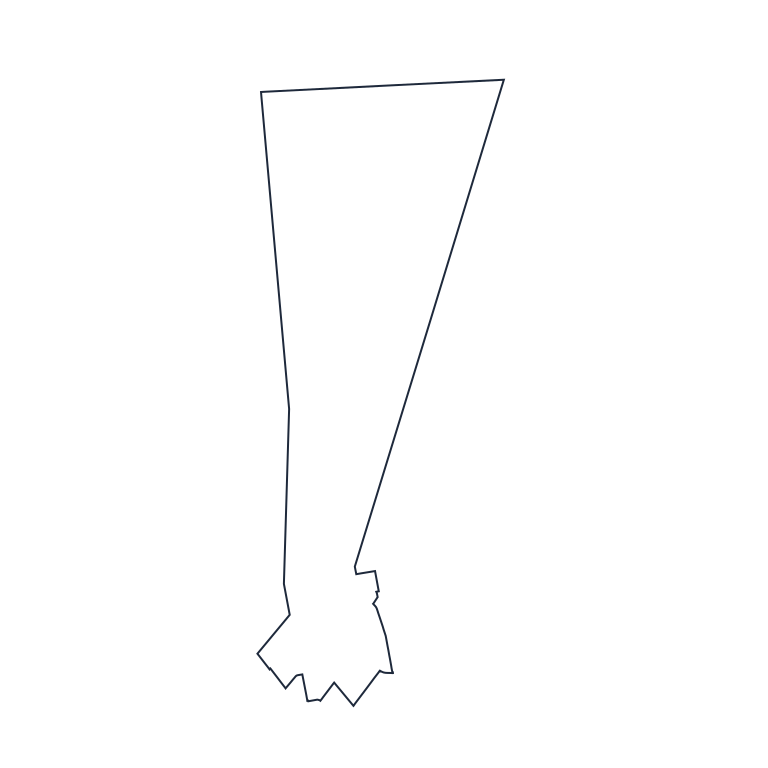 Urk, Flevoland, Netherlands, rotated 79°
{"feature_id": "6326949B85884620667315", "entity_name": "Urk", "entity_type": "district", "adm_level": 2, "iso_a3": "NLD", "parent_name": "Netherlands", "parent_adm1": "Flevoland", "projection": "natural_earth1", "projection_center": [5.623, 52.7], "detail": "fine", "context": "isolated", "style": "outline", "palette": "slate", "viewbox_px": 768, "rotation_deg": 79, "n_neighbors": 0, "source": "geoboundaries", "source_scale": "gbopen_adm2", "svg_char_len": 2129}
<svg xmlns="http://www.w3.org/2000/svg" viewBox="0 0 768 768"><g transform="rotate(79 384 384)"><path d="M108.2,208.3L91.4,325.7L74.3,445.9L73.9,449.0L79.3,449.6L390.4,481.9L561.1,520.4L592.6,520.6L624.6,559.7L635.7,554.1L640.0,551.9L642.3,550.8L641.5,549.9L641.8,549.7L644.0,548.6L652.8,544.2L656.9,542.2L663.1,539.1L663.5,538.9L664.0,538.7L659.1,532.6L656.6,529.6L655.1,527.7L654.4,526.9L654.1,526.5L654.0,526.3L653.8,526.0L653.7,525.8L653.6,525.6L653.6,525.4L653.5,525.2L653.4,524.8L653.4,524.5L653.4,524.3L653.4,523.3L653.5,519.6L662.2,519.6L663.2,519.6L664.4,519.6L664.5,519.6L664.9,519.6L666.0,519.6L667.7,519.6L673.8,519.6L680.4,519.7L680.4,518.9L680.5,518.9L680.8,518.8L680.9,518.7L681.0,518.7L681.1,510.8L681.1,510.5L681.1,510.4L681.1,510.2L681.1,509.9L681.2,509.5L681.3,509.2L681.5,508.8L681.7,508.4L681.8,508.2L681.9,507.9L682.2,507.6L682.4,507.3L682.5,507.1L682.8,506.9L680.8,504.6L680.1,503.9L668.1,490.5L667.6,489.9L694.1,475.4L693.6,474.8L693.1,474.3L693.0,474.2L692.9,474.2L679.0,458.7L673.0,452.1L671.7,450.7L670.7,449.6L666.4,444.7L664.8,443.0L665.2,442.7L664.9,442.4L665.3,441.9L665.7,441.6L665.9,441.2L666.2,440.8L666.5,440.4L666.7,440.0L667.0,439.6L667.2,439.1L667.4,438.6L667.6,438.2L667.7,437.8L667.9,437.3L668.8,433.3L668.8,433.2L669.3,431.2L669.5,430.5L669.5,430.4L668.7,430.3L668.6,430.6L668.4,430.8L668.1,430.8L664.4,430.8L661.8,430.7L661.7,430.7L654.5,430.6L651.8,430.6L651.7,430.6L646.0,430.5L645.6,430.5L645.2,430.5L644.7,430.5L641.9,430.5L633.0,430.4L631.9,430.4L631.5,430.4L630.7,430.5L629.9,430.6L625.1,431.2L621.9,431.5L611.9,432.8L606.8,433.5L606.2,433.5L605.9,433.6L605.6,433.6L605.0,433.7L604.0,433.8L603.7,433.9L603.2,433.9L602.8,434.0L602.2,434.2L601.9,434.3L601.5,434.4L601.0,434.6L600.6,434.9L600.3,435.0L600.0,435.2L599.8,435.3L598.6,436.1L597.7,436.6L597.5,436.3L594.0,432.9L592.8,431.7L592.3,431.3L592.0,430.9L591.9,430.9L588.3,430.9L586.5,431.2L586.5,430.9L586.5,430.0L586.5,428.8L586.5,428.7L565.9,428.5L565.8,432.8L565.7,435.8L565.5,442.5L565.4,447.5L563.3,447.5L562.8,447.5L557.7,447.5L362.8,343.6L329.4,325.8L108.2,208.3Z" fill="none" stroke="#1e293b" stroke-width="2"/></g></svg>